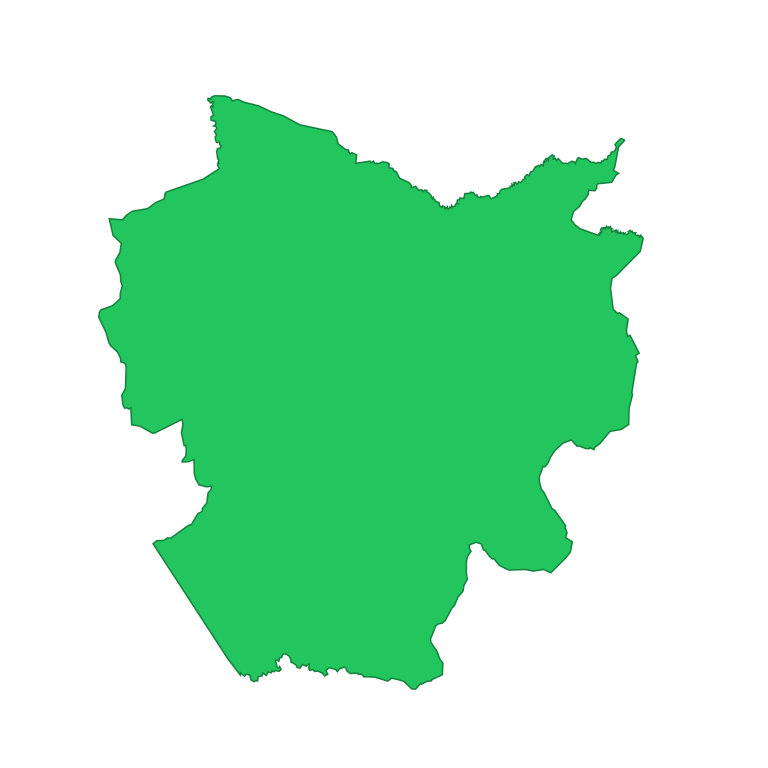 outline of Lat Yao, Nakhon Sawan, Thailand, rotated 173°
{"feature_id": "78962969B94323331085906", "entity_name": "Lat Yao", "entity_type": "district", "adm_level": 2, "iso_a3": "THA", "parent_name": "Thailand", "parent_adm1": "Nakhon Sawan", "projection": "natural_earth1", "projection_center": [99.741, 15.772], "detail": "fine", "context": "isolated", "style": "filled", "palette": "green", "viewbox_px": 768, "rotation_deg": 173, "n_neighbors": 0, "source": "geoboundaries", "source_scale": "gbopen_adm2", "svg_char_len": 6153}
<svg xmlns="http://www.w3.org/2000/svg" viewBox="0 0 768 768"><g transform="rotate(173 384 384)"><path d="M429.3,94.3L416.4,88.7L412.3,91.1L405.6,88.7L400.5,86.4L393.6,77.9L389.7,77.3L384.0,82.5L383.5,81.5L377.5,83.6L372.9,83.6L372.7,84.8L361.5,88.3L359.6,99.9L361.9,103.7L364.1,112.5L368.9,121.8L368.9,125.3L362.2,137.4L359.8,139.2L355.5,139.5L352.1,141.7L343.8,153.4L341.0,155.6L336.6,163.4L331.0,168.5L329.1,174.5L325.1,180.0L325.3,185.7L323.8,197.9L322.2,202.6L318.0,207.3L319.2,210.2L318.9,213.9L312.0,215.7L306.9,213.4L305.5,207.1L303.9,206.6L300.2,199.9L297.7,197.1L296.3,197.3L291.5,189.7L282.8,184.1L266.0,182.6L258.6,180.1L248.4,180.5L241.4,176.3L225.1,189.0L219.7,194.2L216.3,204.3L222.5,209.6L220.4,214.0L221.9,219.3L220.9,221.0L230.0,237.9L232.4,239.8L238.4,256.7L240.7,260.5L241.6,268.0L241.1,273.0L236.2,282.8L234.5,282.1L231.2,285.0L227.3,291.6L222.4,297.1L213.8,303.4L204.9,305.7L200.0,298.7L198.1,298.8L191.5,295.3L188.1,294.8L187.5,295.8L183.6,293.2L182.5,295.5L176.6,298.8L165.5,309.4L154.0,310.0L146.1,314.0L143.7,330.0L138.6,343.2L139.1,345.2L130.8,373.7L129.2,375.3L130.8,381.6L127.0,383.6L133.9,402.4L136.5,401.4L136.9,407.7L133.7,418.7L141.9,426.1L143.3,425.3L147.4,430.1L147.5,451.6L144.8,461.0L140.0,463.5L113.5,484.4L109.0,497.0L111.0,500.4L112.3,498.5L113.0,500.4L116.0,501.1L116.6,502.4L115.8,503.4L118.7,503.7L119.0,505.3L120.3,504.9L120.6,506.4L123.1,505.6L122.7,503.9L124.6,502.6L126.3,503.6L126.1,504.4L127.9,503.6L128.0,505.0L129.9,504.6L130.6,505.9L130.8,504.6L132.0,505.3L131.8,504.2L133.0,506.2L133.8,505.7L133.3,507.6L135.4,506.8L135.0,508.5L139.5,507.2L139.4,509.8L138.6,510.0L139.9,510.8L139.2,511.4L140.6,511.1L140.3,512.5L142.5,511.4L142.4,512.5L143.9,512.3L144.1,513.3L145.0,512.0L146.5,512.3L145.1,510.7L149.2,512.3L150.5,509.9L149.3,509.4L149.6,508.0L151.0,508.0L150.7,506.5L151.4,507.5L152.4,506.9L151.9,505.5L153.5,505.6L170.5,514.2L175.0,518.7L178.3,524.2L174.8,532.2L168.2,536.4L164.9,541.1L161.9,542.9L158.3,547.0L157.1,551.4L151.2,550.1L149.1,552.1L148.6,555.3L147.4,556.7L133.5,556.4L128.1,563.2L125.4,564.4L130.4,568.2L128.6,571.0L122.2,590.9L115.6,596.3L116.1,597.4L119.0,598.8L122.4,596.3L125.5,593.6L124.5,590.6L126.1,587.9L127.8,586.5L130.3,586.4L131.2,584.0L133.9,583.0L135.1,579.6L137.8,580.3L138.8,578.8L140.8,578.8L141.8,577.0L144.5,577.8L147.3,577.0L148.7,578.6L151.6,578.7L155.6,583.2L160.4,583.0L162.6,584.8L164.2,584.7L167.3,579.4L168.2,581.4L170.6,582.2L174.4,580.5L179.9,581.4L183.6,586.5L185.2,585.0L186.6,587.1L188.6,586.7L187.2,589.5L189.1,591.0L192.9,588.5L193.8,586.1L194.4,588.0L195.7,588.2L196.5,586.9L195.4,586.2L196.5,584.9L197.5,584.6L197.8,585.9L198.5,585.2L199.4,581.2L201.4,582.8L203.1,580.9L203.9,582.1L207.7,580.8L210.2,577.0L212.9,576.3L214.5,573.0L216.6,574.5L219.4,571.9L218.9,570.6L221.8,569.4L223.5,567.2L225.9,568.3L226.5,566.6L228.1,566.5L228.7,568.1L230.0,567.4L230.7,568.5L230.5,565.4L232.7,566.9L232.6,564.6L234.5,564.9L235.4,563.2L242.9,563.0L245.2,561.7L245.9,559.2L248.4,559.0L248.5,557.4L250.2,556.4L255.2,554.8L257.0,558.4L263.9,557.5L265.1,558.3L265.8,557.2L268.4,558.5L268.8,560.4L270.3,560.1L272.0,563.4L273.4,562.8L274.4,564.0L275.7,562.9L280.6,563.1L282.1,558.4L285.9,559.4L286.7,557.9L288.9,557.5L289.3,555.1L288.5,553.8L290.5,554.3L292.2,551.6L294.5,551.8L295.2,552.9L295.5,550.6L297.1,551.6L297.6,550.1L299.0,550.0L299.4,551.9L300.0,550.7L300.9,551.6L302.0,550.6L302.2,552.2L304.1,553.7L304.9,552.3L307.0,553.8L307.1,557.0L310.8,559.4L311.3,561.4L313.1,561.9L312.5,563.3L313.8,562.7L314.1,565.0L316.6,568.7L318.5,569.5L317.8,570.9L319.7,571.5L321.8,570.3L322.8,572.3L325.9,572.0L328.4,576.2L333.0,575.6L332.6,577.7L334.6,580.9L343.3,586.2L346.1,593.5L348.4,594.5L348.9,596.9L352.8,598.0L352.0,601.9L354.1,603.5L358.3,604.7L363.7,603.2L364.1,604.1L366.3,603.9L367.2,606.4L370.3,605.2L370.6,606.9L385.2,606.4L383.2,614.6L387.5,617.4L389.9,616.6L391.0,620.8L393.6,621.5L400.1,627.8L401.3,635.1L404.6,640.7L435.9,651.5L451.0,662.3L462.7,667.9L474.6,675.4L488.8,680.8L494.4,684.3L500.0,683.6L501.6,686.7L506.6,689.2L516.9,690.7L520.3,689.8L521.3,687.9L523.7,689.0L524.4,687.6L521.6,683.9L519.6,685.3L518.4,684.7L519.9,682.7L520.2,679.9L521.3,681.1L522.4,680.4L520.4,671.4L523.2,670.3L523.6,666.9L519.1,665.1L519.1,662.6L521.6,660.8L519.5,660.1L518.8,658.3L521.4,655.3L519.9,651.4L521.4,649.9L521.5,646.6L520.7,644.3L517.7,644.1L517.8,641.5L516.6,640.2L517.9,637.9L520.4,638.1L521.8,635.2L521.6,627.8L520.5,626.1L521.4,625.0L521.1,623.3L522.2,623.3L522.6,621.7L521.0,617.9L538.7,609.3L576.5,601.1L578.0,599.9L579.7,594.4L587.9,592.1L597.3,586.9L613.0,586.1L618.9,583.0L623.7,578.8L636.6,581.6L634.8,564.5L627.6,555.6L630.2,546.5L635.4,539.7L635.9,537.4L632.3,524.3L632.8,518.4L631.8,513.3L634.8,505.8L635.4,500.8L644.1,494.8L655.9,492.1L657.6,490.1L659.0,485.0L653.6,469.1L652.0,458.4L650.4,455.0L644.4,447.9L642.3,441.3L642.6,438.1L638.7,436.3L637.8,432.5L641.2,411.0L645.7,404.8L645.6,395.0L644.5,391.7L641.8,391.6L640.2,390.2L638.2,391.3L639.4,374.2L631.3,371.9L619.8,363.4L617.5,363.3L588.7,373.5L588.5,368.3L591.0,360.3L589.9,347.1L588.2,347.0L588.3,342.7L589.5,336.6L593.4,332.9L593.8,331.2L587.7,330.7L581.8,332.1L583.2,318.0L582.4,312.5L579.9,306.4L572.8,303.6L567.4,303.5L568.6,300.3L571.9,297.4L574.4,287.6L579.4,282.6L580.0,279.6L584.4,278.2L592.1,268.2L595.3,267.5L614.3,257.1L617.9,257.6L621.6,255.6L628.4,256.2L632.7,253.6L572.4,130.1L562.1,112.6L561.6,114.8L558.0,110.9L556.1,112.8L552.7,111.4L552.1,106.4L549.1,104.3L547.8,105.3L545.7,104.7L544.6,108.8L540.6,109.2L539.5,112.0L536.2,109.0L534.0,112.3L531.1,111.1L530.0,112.8L528.1,111.8L526.8,112.9L523.2,111.6L520.9,113.2L522.0,116.3L523.4,115.0L524.4,115.6L525.4,122.9L524.1,123.3L522.2,121.6L520.9,125.1L518.9,125.0L517.6,128.0L514.9,128.3L511.5,125.8L509.9,121.7L510.3,119.5L505.8,116.2L504.7,113.3L501.9,112.2L499.3,115.6L495.6,113.3L494.3,114.9L492.3,114.9L493.4,110.7L492.7,108.9L489.5,109.3L487.9,107.1L484.8,107.2L480.6,104.7L478.5,101.5L475.2,102.7L476.6,106.5L473.2,109.2L466.9,106.6L465.3,104.2L463.4,106.4L458.1,107.9L456.7,107.1L455.6,103.4L452.7,100.7L445.4,100.3L444.8,98.9L441.7,98.8L439.7,95.9L429.3,94.3Z" fill="#22c55e" stroke="#15803d" stroke-width="1.5"/></g></svg>